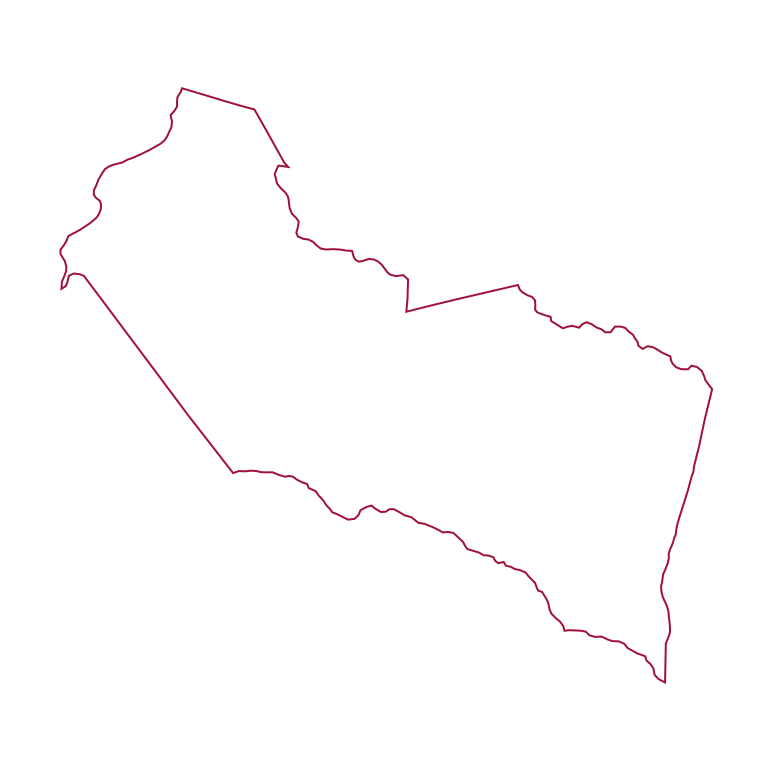 outline of Amontada, Ceará, Brazil, rotated 272°
{"feature_id": "56859067B90853545828337", "entity_name": "Amontada", "entity_type": "district", "adm_level": 2, "iso_a3": "BRA", "parent_name": "Brazil", "parent_adm1": "Ceará", "projection": "natural_earth1", "projection_center": [-39.792, -3.231], "detail": "fine", "context": "isolated", "style": "outline", "palette": "rose", "viewbox_px": 768, "rotation_deg": 272, "n_neighbors": 0, "source": "geoboundaries", "source_scale": "gbopen_adm2", "svg_char_len": 3812}
<svg xmlns="http://www.w3.org/2000/svg" viewBox="0 0 768 768"><g transform="rotate(272 384 384)"><path d="M208.9,504.6L210.3,509.8L206.6,512.2L205.8,516.9L203.6,521.3L202.9,525.9L200.6,532.0L197.0,535.1L193.6,538.6L190.5,541.9L186.9,543.3L183.0,545.1L181.7,549.2L178.2,551.6L174.8,553.9L170.4,555.9L164.6,557.3L160.2,559.4L155.9,563.9L152.8,568.1L148.4,571.6L143.7,573.0L144.4,577.6L144.4,583.0L144.3,589.8L143.5,594.4L140.1,597.9L138.6,604.0L139.2,610.2L136.5,616.3L135.0,621.2L135.0,627.5L132.7,633.3L128.5,636.8L125.7,642.4L123.7,646.2L122.5,650.1L121.0,654.6L116.8,656.0L113.6,659.9L108.8,663.3L102.7,664.6L98.6,668.8L95.5,675.3L134.6,674.7L141.0,677.1L145.4,678.4L149.6,678.4L154.9,677.8L160.6,676.9L165.9,676.3L171.6,674.7L176.7,672.1L180.7,670.1L185.7,668.6L191.5,667.9L195.6,668.8L199.7,669.2L203.8,669.7L208.9,671.8L215.0,673.8L219.6,674.7L224.3,674.5L228.2,675.4L231.9,677.0L235.7,678.4L240.1,679.3L244.0,680.8L249.9,681.3L255.4,682.4L261.6,684.0L288.8,691.6L297.8,693.6L303.2,694.9L306.6,696.2L312.6,696.7L317.9,697.9L323.9,699.1L329.6,700.4L333.0,701.1L359.4,705.7L390.3,712.1L394.7,708.4L399.2,705.0L403.0,703.7L408.3,701.0L411.9,696.2L413.1,690.7L409.3,687.4L409.2,680.5L410.8,675.6L414.2,671.8L417.4,670.1L421.6,669.2L423.6,664.1L425.4,660.2L428.0,655.8L430.1,651.6L431.0,646.2L428.1,641.3L431.2,636.9L435.2,635.8L438.6,633.0L441.9,631.2L444.5,627.3L448.5,623.1L449.6,618.5L449.4,612.8L443.6,608.6L443.4,603.3L446.3,599.4L447.8,594.6L451.2,589.1L452.8,584.2L450.6,580.0L447.1,577.0L448.7,570.2L447.7,565.4L445.9,560.8L449.1,555.2L452.7,548.9L456.9,548.2L458.6,541.6L460.8,534.9L463.5,532.4L467.3,532.5L472.9,532.0L476.2,528.9L477.7,524.3L480.2,519.5L483.1,516.4L487.6,514.4L470.6,451.5L466.7,437.6L463.1,424.8L457.0,403.8L469.9,404.5L489.3,404.4L493.5,399.4L492.2,392.2L493.5,386.4L495.9,383.4L499.5,380.5L503.3,377.5L506.2,373.7L508.1,369.6L508.4,364.3L506.2,358.5L505.4,354.6L507.2,351.1L510.8,349.0L515.9,347.5L516.0,341.9L516.8,335.7L517.0,328.9L516.4,321.4L517.2,315.9L520.0,312.0L523.5,308.3L525.7,303.6L526.3,298.1L528.5,292.7L532.4,291.1L537.3,292.4L543.4,293.1L547.1,290.3L550.8,286.1L556.7,283.5L561.0,282.8L564.8,282.3L568.4,281.2L572.3,278.4L575.8,274.2L580.6,270.1L585.4,268.8L590.0,267.4L595.2,269.4L598.6,270.8L597.6,280.6L602.0,276.4L607.2,273.3L629.9,259.6L650.5,247.0L653.9,244.8L655.5,237.8L657.7,228.6L661.0,215.6L672.5,171.9L668.7,170.6L663.3,167.5L658.7,167.3L654.1,167.5L650.1,165.3L645.1,161.3L638.8,163.0L633.1,162.5L628.9,160.7L623.4,158.4L619.8,156.1L616.4,152.4L612.2,145.6L609.6,141.2L605.4,133.5L601.0,124.5L599.5,120.3L596.3,114.8L594.8,109.8L593.3,104.7L591.6,101.2L589.1,97.7L584.9,95.0L578.3,91.5L572.2,89.4L567.5,87.3L563.1,87.4L559.9,89.7L557.2,93.6L553.8,94.9L549.1,94.9L544.1,93.3L540.5,91.1L536.4,86.7L533.8,83.7L527.8,75.3L525.2,71.1L523.3,67.4L520.6,63.2L516.4,61.9L512.0,59.5L506.7,55.9L502.6,56.2L499.2,58.4L495.6,60.8L490.2,62.4L485.7,62.4L480.6,60.7L474.9,58.6L467.8,58.3L470.7,62.5L474.1,63.9L477.7,64.5L481.3,65.4L483.6,70.1L483.1,76.0L481.7,80.2L443.4,111.1L417.1,132.2L389.3,154.6L346.6,188.8L289.7,236.3L291.9,241.8L291.9,248.5L292.7,253.8L292.6,259.3L291.6,264.2L291.6,269.7L291.9,275.7L289.3,282.7L287.9,288.3L288.8,292.4L288.1,296.3L285.2,300.6L282.8,305.8L281.4,310.6L277.4,312.4L274.4,319.7L270.4,322.4L267.0,326.0L264.1,328.4L260.7,330.7L257.3,334.3L254.1,336.6L252.2,341.9L249.6,347.5L247.2,352.8L248.2,359.2L252.0,363.0L257.1,365.0L260.5,370.9L262.1,375.7L259.2,379.4L256.0,385.3L256.4,390.2L259.0,393.7L259.3,398.1L256.5,403.8L253.5,409.0L251.8,416.1L246.5,423.1L245.6,429.6L244.2,433.4L242.5,438.0L240.2,443.2L237.8,447.7L238.3,453.2L237.6,458.6L232.4,464.5L228.8,468.6L225.0,470.7L221.9,473.2L220.3,479.3L218.8,485.0L216.4,489.4L216.2,494.4L214.6,499.5L211.2,501.2L208.9,504.6Z" fill="none" stroke="#9f1239" stroke-width="2"/></g></svg>